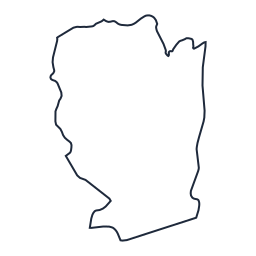 Naâma, orthographic projection
{"feature_id": "DZA-2149", "entity_name": "Naâma", "entity_type": "Province", "adm_level": 1, "iso_a3": "DZA", "parent_name": "Algeria", "parent_adm1": "", "projection": "orthographic", "projection_center": [-0.771, 33.209], "detail": "fine", "context": "isolated", "style": "outline", "palette": "slate", "viewbox_px": 256, "rotation_deg": 0, "n_neighbors": 0, "source": "natural_earth", "source_scale": "10m", "svg_char_len": 2358}
<svg xmlns="http://www.w3.org/2000/svg" viewBox="0 0 256 256"><path d="M89.8,227.8L91.3,218.5L92.4,214.8L93.3,213.0L94.7,211.2L96.1,210.5L99.7,210.0L102.9,208.6L105.7,206.5L110.7,200.9L109.4,198.6L85.5,179.9L80.0,177.9L77.2,175.4L65.8,155.9L69.4,153.2L70.1,152.6L70.6,151.7L70.9,150.8L71.1,149.7L71.4,147.5L71.5,145.1L70.9,143.0L69.5,141.6L67.0,139.7L64.8,137.7L63.1,135.1L61.9,131.9L60.4,129.0L56.1,124.7L55.4,121.4L55.5,111.3L56.4,108.8L57.6,106.2L59.2,100.5L60.5,98.6L61.6,95.9L61.3,92.5L57.5,83.3L56.6,82.1L55.1,80.9L52.2,79.9L50.9,78.9L50.4,77.3L50.8,75.8L51.6,74.7L52.6,73.9L53.5,72.8L54.2,71.3L54.2,70.2L53.4,67.2L52.6,62.2L53.0,57.4L57.1,41.0L57.3,39.0L57.1,37.7L58.3,36.8L73.4,27.7L76.5,26.9L77.6,26.8L80.2,27.0L84.3,26.8L86.2,27.0L91.9,26.4L92.8,26.2L93.4,26.0L94.6,25.1L95.7,24.0L96.1,23.7L101.2,21.5L102.2,20.9L103.7,19.6L105.9,21.0L107.1,21.5L108.5,21.9L110.4,21.7L112.8,21.1L113.9,21.1L114.8,21.4L116.4,22.4L117.7,23.5L119.4,24.4L121.3,24.9L127.7,25.4L131.6,24.8L133.7,23.9L135.7,22.7L141.0,18.5L144.5,16.3L146.1,15.6L147.8,15.4L149.4,15.4L151.2,15.9L152.8,16.7L154.1,17.7L155.2,19.2L155.9,20.2L157.2,23.9L156.2,26.4L156.1,27.6L156.5,29.6L157.0,31.2L163.5,43.9L165.7,49.9L165.9,51.1L165.7,51.8L165.6,52.8L165.9,53.6L167.4,55.4L167.9,55.8L168.3,56.0L168.6,55.7L168.8,55.3L168.9,54.7L168.9,54.2L168.8,53.3L168.8,52.9L168.8,52.5L168.9,52.1L169.1,51.9L169.7,51.3L170.2,51.2L170.8,51.1L171.5,51.3L172.0,51.3L172.4,51.1L172.6,50.7L173.3,49.1L176.3,44.8L179.0,41.7L179.3,41.4L179.7,41.2L180.5,40.8L182.1,40.3L185.0,39.1L185.7,38.6L186.2,38.4L186.7,38.2L188.8,38.3L191.4,38.9L192.1,39.3L192.5,39.8L193.1,41.8L193.2,44.8L193.4,45.8L193.4,46.4L193.3,47.0L193.2,47.2L193.1,47.4L193.2,47.7L193.3,48.3L193.7,48.6L194.2,48.6L194.6,48.4L198.4,46.4L202.4,43.5L204.2,42.4L205.6,42.1L205.5,46.4L202.8,67.2L202.5,85.5L204.6,110.7L204.3,117.6L203.6,121.4L199.0,137.3L197.5,143.0L196.8,147.0L196.6,149.1L198.8,167.6L198.7,169.0L198.1,171.2L190.9,190.9L190.7,193.3L191.0,195.5L192.3,197.6L193.6,198.5L195.0,198.9L196.2,199.1L197.4,199.4L198.3,200.0L198.6,200.6L198.9,201.4L199.2,202.6L199.3,204.0L199.2,205.8L198.5,210.2L196.2,217.7L126.8,240.1L122.4,240.6L120.5,240.3L117.8,233.7L116.8,231.8L115.8,230.4L114.9,229.4L113.9,228.5L113.4,228.1L112.6,227.6L111.0,227.1L109.1,226.6L103.4,226.5L91.2,227.9L89.8,227.8Z" fill="none" stroke="#1e293b" stroke-width="2"/></svg>